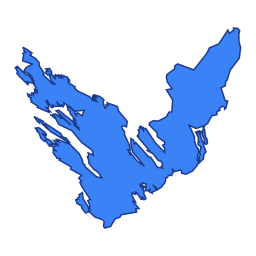 Lindås nor, Hordaland, Norway (Albers equal-area conic projection)
{"feature_id": "86288312B23917972553599", "entity_name": "Lindås nor", "entity_type": "district", "adm_level": 2, "iso_a3": "NOR", "parent_name": "Norway", "parent_adm1": "Hordaland", "projection": "albers", "projection_center": [5.308, 60.697], "detail": "fine", "context": "isolated", "style": "filled", "palette": "blue", "viewbox_px": 256, "rotation_deg": 0, "n_neighbors": 0, "source": "geoboundaries", "source_scale": "gbopen_adm2", "svg_char_len": 5718}
<svg xmlns="http://www.w3.org/2000/svg" viewBox="0 0 256 256"><path d="M59.2,160.0L70.9,166.7L70.5,169.1L81.5,175.2L78.7,178.2L81.6,181.3L79.8,182.4L82.3,187.2L90.2,199.4L87.8,200.7L89.7,205.0L89.9,212.3L95.0,217.1L102.8,219.8L104.2,221.6L103.5,226.1L104.7,228.0L110.6,226.5L115.0,219.0L120.2,216.9L121.1,214.8L136.7,212.0L135.6,209.0L139.0,208.5L132.3,201.0L135.6,202.3L131.7,195.2L132.6,194.0L132.2,192.8L135.2,194.4L135.9,194.1L135.2,192.0L136.6,192.4L141.1,199.3L142.5,199.1L141.9,196.2L144.0,199.7L146.0,198.7L143.7,193.2L144.2,191.3L140.1,185.6L139.9,183.6L142.9,189.2L143.6,187.5L142.5,186.5L142.2,183.0L146.2,184.0L145.6,187.0L143.2,186.0L143.7,187.4L145.9,187.0L145.3,190.7L148.7,190.7L150.7,188.6L149.2,191.7L152.4,193.3L152.3,192.0L156.9,190.0L152.7,184.9L158.0,189.3L161.1,187.5L165.2,182.2L165.8,177.7L167.4,177.6L168.4,175.3L171.6,175.5L173.4,171.8L171.9,168.6L174.5,171.5L180.4,170.1L181.4,170.7L181.6,173.2L185.9,174.2L192.4,171.1L197.2,165.4L198.7,162.0L197.5,160.4L197.6,155.6L198.8,152.9L198.2,148.9L195.9,145.6L194.4,140.4L194.4,136.6L189.2,125.3L196.2,128.5L202.2,126.3L203.6,128.0L204.5,126.3L203.0,126.4L207.6,123.5L211.8,115.8L216.8,114.7L217.2,111.2L219.9,110.5L219.3,108.7L222.6,106.0L224.5,107.3L224.6,109.2L225.8,108.3L227.7,101.0L225.1,100.6L221.0,87.8L225.2,85.8L225.9,81.1L227.1,80.2L230.1,70.2L239.3,58.1L240.6,47.6L239.0,41.9L238.8,34.0L239.7,30.7L237.6,28.4L233.5,28.0L233.5,30.3L229.4,33.4L227.9,30.0L218.9,43.8L209.5,47.9L206.7,53.5L193.8,69.9L177.6,63.9L174.8,65.9L174.5,69.0L166.9,74.6L166.4,77.7L167.4,82.1L172.1,88.8L166.4,89.8L172.6,99.9L171.9,111.9L169.0,112.1L166.2,117.0L158.3,121.0L153.1,120.8L149.5,122.9L149.2,124.9L157.0,132.7L157.4,136.8L164.6,141.9L164.7,144.3L162.6,145.2L164.8,148.7L164.6,152.3L155.3,142.8L145.8,128.4L143.9,128.5L143.5,130.5L141.8,128.0L143.5,128.6L143.1,127.4L140.1,126.2L139.4,127.8L140.1,128.7L138.2,130.1L139.3,132.3L138.0,135.1L138.5,136.3L136.8,135.6L150.7,152.2L148.0,150.1L147.2,150.5L153.1,153.7L158.3,160.5L161.0,161.3L162.9,164.9L161.3,166.5L162.5,168.0L157.5,167.4L150.8,157.4L147.1,156.4L148.4,156.6L135.7,142.4L134.4,144.2L133.6,140.2L130.9,138.5L131.0,144.8L132.7,151.9L144.4,166.3L136.9,160.8L129.6,151.5L130.3,155.5L127.9,149.8L130.4,150.3L129.3,144.9L124.6,134.9L124.5,131.8L121.6,127.4L122.4,125.7L126.5,126.9L127.2,121.3L118.7,111.2L117.4,106.5L107.1,102.8L108.3,105.5L106.0,104.9L106.0,107.7L104.7,108.1L103.0,101.7L104.0,100.0L102.1,98.1L98.2,95.8L96.3,97.0L96.4,95.5L94.0,94.8L93.4,95.7L95.7,97.0L95.9,98.8L92.7,96.4L92.7,98.0L94.4,98.5L92.6,98.5L96.0,100.5L96.9,101.5L92.9,100.4L93.5,100.1L89.2,96.5L77.9,91.2L74.5,88.0L75.2,87.0L68.1,82.3L69.0,81.8L68.4,80.4L69.5,81.0L69.7,80.5L67.2,77.1L61.3,75.0L60.2,75.4L62.8,77.8L60.4,77.9L59.9,75.6L58.6,74.9L58.6,76.6L55.6,74.6L55.0,76.1L55.7,76.3L55.4,78.6L53.8,77.5L53.7,75.7L51.3,75.0L51.8,72.4L49.6,68.5L45.8,68.9L48.2,71.4L45.9,71.4L45.9,73.2L47.9,75.1L50.0,74.2L49.6,76.4L51.5,81.1L54.9,84.1L53.1,84.2L43.1,74.7L44.3,73.3L39.3,65.9L39.0,62.5L35.2,58.1L30.2,55.5L31.2,54.7L30.2,52.5L31.5,52.6L27.5,49.8L23.4,47.5L23.0,47.9L24.2,48.7L23.7,50.7L25.6,52.2L22.9,53.3L23.6,54.7L22.6,60.9L32.5,64.1L25.7,67.9L23.8,71.5L29.0,73.5L32.0,76.9L34.1,82.5L33.2,82.1L33.9,84.6L36.2,87.7L35.4,88.8L36.0,90.5L37.3,90.3L37.4,92.8L34.6,89.9L35.0,92.7L33.3,92.7L33.4,95.1L31.7,93.1L31.1,95.4L27.6,93.8L28.4,96.6L31.3,98.0L30.5,99.4L31.6,100.6L31.2,101.9L38.0,106.3L37.3,107.4L48.9,112.3L48.5,111.0L50.2,111.5L46.7,107.9L48.5,108.2L48.5,105.3L46.0,101.0L47.0,100.4L51.6,107.8L53.1,107.2L52.2,104.1L53.7,106.4L59.1,106.2L56.6,101.4L60.5,106.5L61.2,106.2L60.7,104.8L61.9,105.9L61.6,104.5L63.2,106.5L64.0,105.5L63.9,102.9L70.6,107.3L74.8,111.2L84.3,110.3L82.0,115.8L77.7,112.7L75.8,113.8L77.1,116.1L75.8,115.1L74.4,111.0L67.1,105.9L68.1,110.1L71.0,111.8L70.1,111.5L70.2,113.6L76.2,120.7L73.4,118.8L73.5,120.8L76.4,123.2L75.7,123.9L76.2,125.4L78.8,127.8L79.2,129.5L74.4,125.2L73.8,124.3L75.0,124.3L72.5,121.3L58.8,110.2L56.1,110.8L70.9,125.1L59.5,115.3L57.9,115.2L61.8,119.0L55.6,113.9L52.9,114.4L55.3,117.1L54.4,117.3L50.0,114.4L55.5,118.5L58.8,124.4L72.0,130.8L81.7,142.5L92.1,150.2L93.4,155.3L87.4,152.5L88.5,153.4L88.4,156.6L87.4,156.8L89.2,161.6L88.7,162.9L93.5,169.1L98.5,172.5L101.7,177.8L96.6,176.9L85.3,166.8L84.4,164.2L82.8,163.8L82.6,160.4L79.0,153.4L70.1,144.4L57.7,139.4L56.2,139.4L58.4,141.8L53.8,140.7L58.8,146.0L53.2,143.2L54.7,146.5L53.2,147.1L53.1,148.8L57.1,151.2L53.4,149.7L53.2,152.8L57.0,158.1L60.4,158.9L59.2,160.0ZM198.4,131.2L195.6,132.1L198.4,137.4L198.3,141.3L199.2,142.0L198.0,142.8L198.2,144.6L201.0,146.8L199.6,152.8L200.4,153.9L199.0,157.6L199.4,162.7L203.3,159.0L203.8,154.8L206.0,151.6L203.5,145.1L203.6,142.0L202.5,141.8L200.1,134.3L201.5,131.6L199.4,130.9L199.0,133.5L197.9,132.5L198.4,131.2ZM17.3,66.3L15.4,67.7L16.8,68.1L16.0,68.7L17.7,72.1L16.8,73.3L19.9,76.9L27.9,84.7L28.6,83.1L27.6,81.9L32.5,83.1L32.3,80.0L28.4,74.9L25.9,74.6L17.3,66.3ZM75.8,199.8L76.9,203.3L81.8,206.1L81.5,207.7L85.5,212.9L89.1,211.8L88.3,206.9L83.1,198.7L82.4,192.6L79.1,194.7L79.6,196.6L77.5,198.2L78.3,199.3L75.8,199.8ZM38.8,127.7L35.3,128.2L38.2,131.0L36.3,130.2L39.4,133.7L40.7,138.0L44.5,141.4L45.5,140.7L49.7,146.2L52.3,146.0L52.0,144.0L50.4,144.8L52.1,143.2L51.2,141.2L47.7,139.1L45.7,140.3L46.1,137.9L41.8,133.4L46.3,135.5L46.1,133.6L43.9,132.0L45.2,132.6L38.8,127.7ZM45.7,123.7L45.3,125.2L50.1,131.3L70.2,143.4L66.3,138.3L63.0,138.5L65.0,137.8L61.3,136.3L61.9,135.5L60.8,133.5L45.7,123.7ZM203.0,129.2L202.2,134.8L204.4,139.3L204.3,143.6L206.4,144.3L207.5,142.9L207.0,139.4L205.5,136.7L204.5,129.2L203.0,129.2ZM43.2,121.3L34.1,116.6L37.2,121.2L39.0,122.7L38.5,121.3L39.6,121.2L47.7,129.3L43.7,124.7L44.5,124.4L43.2,121.3Z" fill="#3b82f6" stroke="#1e3a8a" stroke-width="1.5"/></svg>